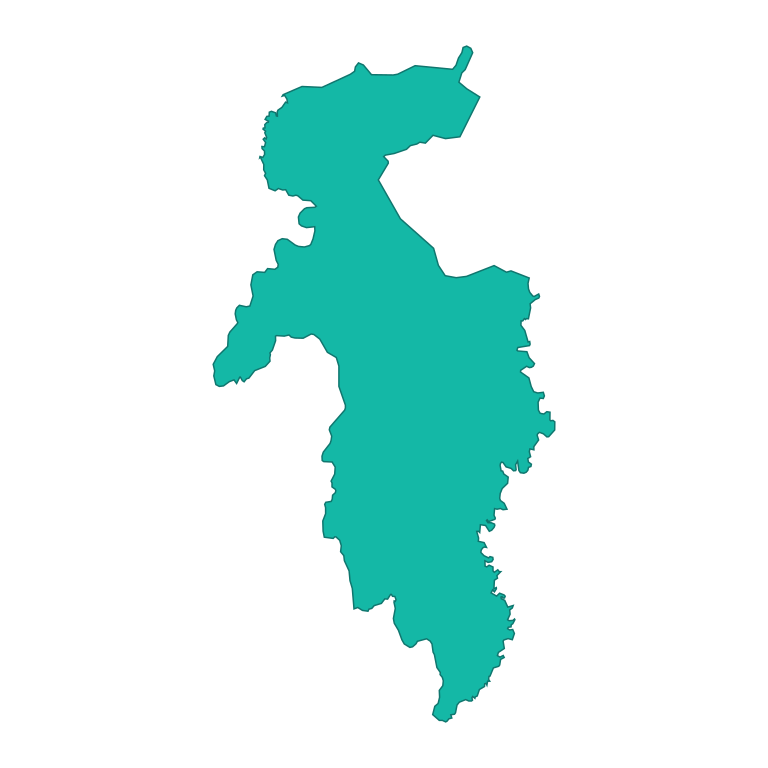 Yanfolila, Sikasso, Mali
{"feature_id": "8926073B66933927430110", "entity_name": "Yanfolila", "entity_type": "district", "adm_level": 2, "iso_a3": "MLI", "parent_name": "Mali", "parent_adm1": "Sikasso", "projection": "equal_earth", "projection_center": [-8.073, 10.95], "detail": "fine", "context": "isolated", "style": "filled", "palette": "teal", "viewbox_px": 768, "rotation_deg": 0, "n_neighbors": 0, "source": "geoboundaries", "source_scale": "gbopen_adm2", "svg_char_len": 6104}
<svg xmlns="http://www.w3.org/2000/svg" viewBox="0 0 768 768"><path d="M259.8,157.5L260.3,157.0L263.8,164.5L263.7,169.8L265.6,173.3L264.5,175.7L267.3,179.9L269.0,188.3L275.1,190.8L278.4,188.5L282.7,190.0L285.7,189.7L288.8,195.2L292.9,196.0L295.9,195.2L297.7,195.7L302.9,200.1L310.8,200.7L316.3,206.2L314.8,207.3L306.9,207.7L304.5,208.7L300.1,213.1L298.4,217.0L299.1,223.8L301.5,225.9L306.5,227.6L314.7,226.7L314.9,230.9L313.0,239.0L310.8,244.4L309.4,245.6L304.4,247.0L298.4,246.4L295.1,245.0L287.3,239.3L282.2,238.7L277.9,240.7L275.5,244.4L274.0,249.4L276.2,260.3L278.2,264.3L277.8,267.2L274.9,269.3L267.6,268.6L264.7,272.4L257.1,271.8L252.8,274.8L250.9,284.9L253.1,296.0L249.9,306.0L246.3,306.8L239.4,305.3L236.8,307.9L235.7,310.3L235.2,313.9L236.4,319.8L237.8,322.5L237.4,323.5L229.9,332.0L228.3,335.4L227.7,346.4L217.3,356.6L213.2,364.3L214.7,370.9L213.8,375.9L215.9,384.6L219.3,386.4L223.5,385.9L229.4,381.6L234.0,379.9L236.6,383.5L239.7,377.2L240.4,377.1L242.3,380.6L244.1,381.8L246.5,378.8L248.9,378.1L254.7,370.6L265.3,366.4L270.0,361.2L269.7,357.9L270.4,354.7L269.9,353.0L272.4,350.0L275.6,340.7L275.5,336.2L276.5,335.6L284.3,336.1L289.0,335.0L291.2,337.1L295.0,338.0L303.2,338.2L311.2,334.0L313.9,334.5L319.8,339.1L327.4,352.3L336.3,357.5L338.9,366.1L338.9,386.4L345.4,405.1L345.4,408.0L344.7,410.1L329.9,427.1L329.3,429.8L331.7,436.1L331.1,440.4L330.1,443.4L323.3,452.1L322.0,456.2L322.2,460.5L323.7,461.6L332.1,462.0L335.2,467.1L334.7,474.1L331.1,481.1L332.0,482.9L332.0,486.9L335.2,489.2L335.8,490.5L335.4,492.6L332.6,495.2L332.2,499.3L331.2,501.4L325.8,502.3L324.7,504.3L325.6,507.7L325.6,513.7L322.8,521.0L323.1,531.2L324.3,537.2L333.2,538.4L334.8,536.8L336.0,536.9L339.7,540.3L341.3,545.7L340.6,551.7L343.8,555.6L344.4,560.7L349.1,570.9L350.0,580.7L352.3,588.4L354.0,608.9L357.8,607.5L362.4,610.4L368.0,611.2L368.9,609.2L371.8,608.4L374.2,605.6L381.4,603.4L384.8,598.9L387.6,599.1L390.6,594.4L391.4,594.4L392.5,596.3L394.9,596.5L396.0,599.6L395.3,601.4L394.2,600.9L394.0,602.3L395.3,608.4L393.4,618.5L394.3,623.3L398.4,630.2L401.9,639.8L404.3,644.0L409.9,647.4L412.6,646.8L416.0,643.8L417.4,641.3L426.6,638.8L430.2,641.1L432.0,644.0L433.1,652.2L434.4,654.6L436.9,667.5L440.3,672.5L440.1,674.6L442.3,677.3L443.3,680.8L442.8,685.7L439.3,690.4L439.6,697.3L438.1,703.5L434.8,706.3L432.7,714.6L439.3,720.4L442.4,720.4L445.7,721.9L447.1,721.1L448.9,718.8L451.8,718.0L450.8,714.8L454.5,714.2L455.5,712.8L457.0,705.1L459.3,702.2L465.7,699.6L468.8,701.0L471.5,701.0L472.5,700.2L471.9,697.8L472.7,696.5L474.9,698.3L475.2,696.9L477.2,696.0L479.4,689.5L484.5,686.5L484.7,683.8L486.1,683.4L486.9,685.1L487.6,681.2L489.7,681.2L488.6,679.3L489.0,676.4L490.0,676.1L493.4,667.9L498.7,666.3L499.7,665.0L500.6,659.4L504.2,657.5L503.2,655.5L500.0,657.1L497.4,655.6L498.4,652.4L504.3,648.5L503.1,641.1L504.0,639.9L508.1,638.6L512.3,639.7L514.4,633.5L512.7,629.5L509.7,630.0L507.6,628.7L508.3,627.2L511.0,626.9L511.3,624.7L512.8,623.7L514.9,619.7L514.5,619.0L513.0,620.4L509.1,620.7L507.6,619.7L510.1,614.2L509.7,610.0L512.3,608.0L513.2,605.5L507.8,607.1L504.7,600.3L501.3,598.8L501.0,597.0L502.0,596.6L503.2,598.0L504.5,598.0L505.2,596.2L504.0,594.9L499.6,593.2L496.6,596.1L491.1,592.9L492.6,589.9L494.4,591.9L496.4,588.8L496.3,587.6L493.9,588.7L494.4,580.2L497.5,578.2L496.9,575.6L500.7,571.7L499.3,571.7L497.8,569.8L494.3,572.3L493.0,570.9L493.0,567.0L489.1,565.2L486.8,566.9L485.1,566.2L484.9,560.8L488.1,562.4L491.7,561.7L493.1,559.5L492.8,557.4L490.0,556.6L488.6,557.9L484.0,555.7L480.8,552.4L481.3,549.9L482.8,547.8L484.6,547.0L486.5,547.4L484.1,542.6L478.3,541.3L478.6,538.1L476.7,531.4L478.5,531.3L479.7,532.5L480.4,524.7L485.6,525.5L489.3,531.3L491.7,530.2L494.1,527.3L494.8,525.5L494.5,524.1L491.4,522.8L487.9,522.7L486.5,520.5L487.2,519.8L488.6,521.6L494.9,519.3L495.3,518.1L494.0,515.3L494.6,508.6L497.1,509.2L500.4,508.5L503.0,509.7L507.0,509.2L504.2,503.3L500.4,500.5L499.7,498.3L500.2,493.5L502.2,488.5L507.6,483.3L508.2,477.1L503.8,474.0L502.7,471.1L501.1,470.8L500.1,465.3L500.5,463.4L501.6,462.1L503.0,462.5L506.1,466.9L511.1,468.4L513.5,470.8L515.6,470.6L516.1,469.7L515.6,464.7L517.6,461.1L518.9,470.5L520.4,472.7L523.9,473.2L526.1,472.3L527.8,470.4L528.5,467.4L530.9,466.5L531.4,464.2L528.4,462.0L527.8,458.5L530.6,456.7L529.3,451.7L529.9,448.9L533.9,449.8L533.8,446.7L538.6,440.0L537.1,435.1L537.7,433.8L539.4,432.3L543.4,433.8L546.9,436.9L548.7,436.7L554.7,430.0L554.8,421.8L552.9,420.4L550.7,420.8L549.9,419.9L550.0,412.2L546.8,411.7L543.9,414.0L541.1,413.5L540.0,413.1L538.4,410.1L538.1,402.2L540.0,398.1L543.3,398.5L544.4,395.9L543.3,392.3L537.7,393.0L533.7,391.7L531.2,386.5L528.9,377.9L520.5,372.0L520.7,370.3L526.6,366.3L529.4,367.6L531.4,367.3L533.3,366.1L534.5,363.6L529.1,357.7L526.9,351.7L518.0,351.0L516.9,350.2L517.8,347.5L529.5,345.6L530.1,344.2L529.7,341.5L528.1,342.0L524.8,330.5L520.9,325.3L521.1,320.9L522.7,320.9L524.4,318.6L525.5,319.5L526.4,318.6L528.4,318.8L530.6,307.9L530.1,303.8L535.2,299.6L538.8,298.0L539.5,296.4L538.7,294.0L534.1,296.5L532.8,296.0L529.8,292.4L528.5,288.9L528.0,283.4L529.2,278.0L511.0,270.9L506.5,272.2L494.1,265.6L466.5,276.4L456.2,277.7L445.2,275.7L438.4,265.4L433.6,248.3L400.4,218.8L378.3,179.9L388.3,163.2L388.1,161.2L383.7,156.6L385.4,155.1L394.2,153.5L406.5,149.3L410.4,145.6L416.9,144.0L419.8,142.2L425.4,143.1L433.0,135.3L445.5,138.6L459.9,136.8L479.8,97.0L466.9,88.9L458.9,82.2L461.8,72.9L465.2,69.6L472.7,52.7L470.8,48.3L466.7,46.1L463.1,47.5L461.9,52.6L458.5,58.0L456.0,65.3L452.6,69.3L415.1,65.7L397.7,74.2L393.2,75.0L371.5,74.7L363.4,65.0L358.5,62.9L355.4,66.9L354.6,71.3L350.3,74.3L321.9,87.4L302.0,86.5L283.2,94.6L282.3,96.1L284.6,95.4L286.9,99.0L287.5,102.9L285.6,102.1L281.9,107.4L278.0,110.1L277.3,111.7L277.4,116.2L276.4,116.0L275.6,112.8L271.4,111.3L269.3,112.2L269.1,116.1L266.8,116.4L265.1,119.4L268.5,121.2L268.3,122.3L266.8,122.5L264.8,124.6L265.0,127.9L263.3,128.1L263.0,129.1L265.6,131.2L264.8,132.8L266.7,137.4L266.1,139.0L264.7,137.8L263.2,139.2L265.6,142.5L264.5,146.7L261.9,146.5L262.1,148.6L264.5,151.0L264.6,154.5L262.8,157.4L260.0,156.5L259.8,157.5Z" fill="#14b8a6" stroke="#0f766e" stroke-width="1.5"/></svg>